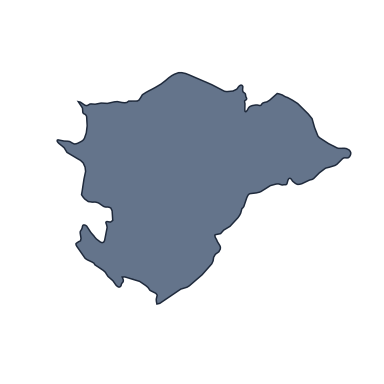 SVG path tracing the border of Portuguesa, rotated 285°
{"feature_id": "VEN-35", "entity_name": "Portuguesa", "entity_type": "State", "adm_level": 1, "iso_a3": "VEN", "parent_name": "Venezuela", "parent_adm1": "", "projection": "robinson", "projection_center": [-69.276, 8.978], "detail": "fine", "context": "isolated", "style": "filled", "palette": "slate", "viewbox_px": 384, "rotation_deg": 285, "n_neighbors": 0, "source": "natural_earth", "source_scale": "10m", "svg_char_len": 4092}
<svg xmlns="http://www.w3.org/2000/svg" viewBox="0 0 384 384"><g transform="rotate(285 192 192)"><path d="M249.8,58.8L249.9,61.0L248.1,66.1L248.1,67.7L248.7,68.8L250.6,70.7L251.0,71.9L251.7,75.7L254.4,81.2L255.7,87.4L258.9,93.5L260.0,96.4L260.3,101.1L260.8,104.0L261.7,106.0L263.4,107.3L265.7,115.6L267.1,117.0L269.6,117.9L273.1,118.9L276.4,121.9L278.7,124.3L280.3,126.1L283.4,129.4L288.2,134.1L293.2,137.9L296.3,140.0L299.2,142.4L301.2,144.5L303.7,148.0L304.6,151.1L304.8,155.1L304.4,158.8L300.8,183.3L298.6,193.2L298.0,195.8L297.7,197.4L298.0,199.7L300.1,205.4L302.7,208.4L303.6,209.0L305.2,209.5L306.6,210.2L307.2,210.7L307.7,211.2L308.0,211.9L307.9,212.8L307.4,213.5L306.8,213.9L303.9,214.4L302.7,214.9L302.1,215.2L301.7,215.9L301.0,217.5L300.6,218.1L299.9,218.5L298.5,219.1L297.8,219.5L296.7,220.5L296.1,220.7L295.4,220.6L294.8,220.2L294.3,219.7L293.7,219.3L293.0,219.4L292.3,219.6L291.0,220.3L285.2,221.7L283.7,222.3L283.4,222.8L283.6,223.4L285.1,224.2L287.3,224.7L288.1,224.9L289.4,225.7L290.2,226.6L291.1,227.9L292.4,230.7L292.9,232.3L293.0,233.7L293.0,234.8L293.3,235.7L293.9,236.3L295.2,236.7L296.3,237.4L297.4,239.0L298.4,241.0L300.7,243.2L309.2,248.8L309.3,251.0L309.1,254.1L308.3,256.9L308.1,257.7L308.0,259.8L306.7,265.2L304.8,271.2L297.5,284.0L293.9,289.0L286.0,293.7L278.7,299.1L278.0,300.1L277.3,301.5L274.1,311.3L272.1,320.8L272.1,322.2L273.7,328.1L273.9,330.0L273.2,333.0L272.2,334.3L271.7,334.7L271.0,335.2L270.2,335.4L269.3,335.5L268.4,335.4L266.8,335.0L266.1,334.5L265.4,333.9L265.0,332.7L264.6,330.7L264.1,329.7L263.2,328.8L256.4,324.9L255.6,324.2L254.6,323.2L251.4,318.1L249.9,315.3L249.1,314.4L243.4,310.0L236.6,306.1L235.9,305.5L235.2,304.7L234.0,302.5L228.4,295.9L227.3,293.9L226.7,292.3L226.7,291.3L227.1,289.5L227.8,287.9L228.5,286.4L229.0,285.8L230.0,284.7L230.4,284.0L230.6,283.2L230.4,282.5L229.6,281.9L228.1,281.6L224.9,281.6L224.0,281.4L223.4,280.9L222.7,278.6L222.1,277.3L222.1,276.4L222.2,274.5L222.2,273.5L222.0,272.6L221.4,271.1L218.6,266.3L218.1,265.7L210.3,258.5L209.3,257.2L207.8,254.4L205.3,248.2L204.5,247.5L203.3,246.9L200.7,246.4L191.3,245.8L189.7,245.1L188.9,244.5L184.2,244.5L181.8,244.0L179.0,243.0L168.7,237.6L163.4,232.5L159.2,230.4L157.0,226.0L156.2,225.2L154.5,226.0L153.7,226.7L152.4,228.0L150.6,229.4L147.4,232.8L146.1,233.7L145.3,233.9L144.2,234.1L141.2,233.4L137.9,230.7L134.6,229.8L131.0,230.2L128.4,229.8L127.6,229.6L114.7,223.2L100.7,213.7L98.8,211.9L95.3,206.3L76.1,189.7L74.7,187.1L76.9,186.0L78.5,185.4L79.4,185.2L83.2,185.1L84.0,184.4L84.8,183.2L85.8,178.3L86.2,176.8L88.4,174.2L89.6,171.7L92.1,164.6L92.6,149.1L91.8,146.6L89.3,148.4L88.6,148.6L87.8,148.7L87.1,148.6L85.7,147.9L85.0,147.7L83.3,147.7L82.5,147.5L81.9,147.1L81.4,146.5L81.2,145.6L81.5,144.4L82.2,142.9L85.8,138.6L88.7,132.7L91.2,129.9L91.9,129.3L93.3,126.6L96.5,117.1L97.9,115.7L98.5,113.5L99.4,108.5L99.9,106.9L100.3,105.9L109.6,94.9L110.9,93.7L112.0,93.3L112.6,93.6L113.8,94.6L114.9,95.6L115.3,96.2L116.0,96.9L117.0,96.9L118.5,96.8L123.2,94.7L124.5,94.3L125.3,94.4L126.9,94.9L127.8,95.1L128.9,95.2L130.5,95.1L131.5,95.2L132.1,95.8L132.3,96.6L132.3,97.5L132.1,98.3L131.8,99.1L126.7,104.8L124.1,108.7L123.1,109.9L121.8,111.9L119.9,116.6L119.8,117.6L119.9,118.5L120.6,119.6L121.9,120.0L123.0,120.1L135.8,119.2L137.9,118.2L139.3,117.2L140.2,116.7L140.9,116.8L141.4,117.4L141.6,118.3L141.6,119.3L141.9,121.1L144.0,122.8L153.2,119.7L155.5,117.7L155.7,116.7L155.8,115.6L155.7,114.6L155.5,113.7L155.2,112.9L155.1,111.8L155.2,110.3L157.2,104.6L157.3,103.8L157.3,101.8L157.2,100.9L156.4,98.3L156.2,96.3L155.9,94.3L157.5,90.1L159.0,88.0L160.8,86.0L165.1,85.6L169.4,85.1L176.7,84.3L184.3,83.9L188.3,82.3L191.9,79.4L193.7,76.1L194.5,73.0L197.9,61.0L201.7,57.0L204.6,50.6L205.5,49.3L206.4,48.5L207.3,48.5L207.7,49.1L208.1,55.2L208.9,58.8L209.1,60.7L208.9,61.6L208.4,63.3L208.0,65.2L208.0,66.2L208.6,67.6L209.6,69.1L212.0,71.8L213.3,73.0L214.5,73.7L216.1,74.2L221.7,74.6L228.8,73.6L237.3,70.8L238.0,70.4L238.6,69.9L239.0,69.3L239.4,68.5L239.5,67.6L239.9,66.6L240.7,65.9L244.4,64.6L245.0,64.2L249.8,58.8L249.8,58.8Z" fill="#64748b" stroke="#1e293b" stroke-width="1.5"/></g></svg>